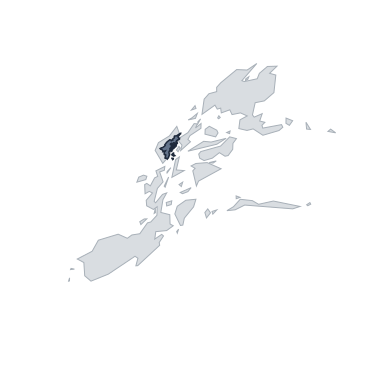 Samar, Samar, Philippines (highlighted), rotated 236°
{"feature_id": "2640588B23016389281073", "entity_name": "Samar", "entity_type": "district", "adm_level": 2, "iso_a3": "PHL", "parent_name": "Philippines", "parent_adm1": "Samar", "projection": "equal_earth", "projection_center": [124.76, 11.713], "detail": "fine", "context": "in_parent", "style": "filled", "palette": "slate", "viewbox_px": 384, "rotation_deg": 236, "n_neighbors": 0, "source": "geoboundaries", "source_scale": "gbopen_adm2", "svg_char_len": 8772}
<svg xmlns="http://www.w3.org/2000/svg" viewBox="0 0 384 384"><g transform="rotate(236 192 192)"><path d="M182.5,56.2L194.0,62.9L200.6,59.4L198.7,76.1L204.4,87.4L198.3,107.2L189.8,112.5L190.0,118.1L186.6,125.4L191.3,137.8L190.2,141.1L192.3,149.9L199.3,154.9L199.1,150.3L205.9,146.7L210.7,149.4L213.3,158.7L216.4,156.9L216.8,152.1L224.6,156.9L224.4,159.3L220.4,160.9L224.6,168.9L224.1,172.3L229.7,173.9L228.4,183.8L225.5,181.2L226.7,176.4L216.6,173.7L214.3,165.3L205.4,155.4L203.4,155.8L206.5,166.2L205.4,170.5L201.9,163.6L192.5,154.7L185.6,160.9L177.7,155.9L174.5,157.6L174.2,149.4L179.4,139.8L173.8,134.8L173.8,143.2L171.5,143.8L168.5,136.6L165.9,135.4L161.3,105.8L162.2,104.2L167.3,110.1L170.6,108.8L170.7,76.7L174.6,58.4L182.5,56.2ZM250.8,243.7L262.2,254.0L264.0,261.0L261.4,268.6L265.0,271.0L266.5,277.0L268.5,297.5L262.3,305.9L262.3,317.6L256.4,295.6L254.3,297.1L249.4,309.4L252.7,314.2L253.9,324.7L248.8,332.8L247.0,322.7L242.1,326.9L228.6,315.5L227.1,302.9L230.7,294.3L222.1,285.2L219.3,285.4L217.7,294.0L213.0,287.8L209.0,291.4L208.2,287.3L205.4,286.4L197.8,303.9L194.9,303.5L194.3,298.5L199.4,282.5L210.1,278.0L212.3,272.0L218.4,266.3L225.0,272.1L224.2,280.3L230.5,276.4L233.8,268.5L239.0,269.3L241.2,260.5L245.5,262.7L246.6,259.3L251.2,259.6L250.8,243.7ZM216.6,254.1L211.4,258.7L209.4,253.1L204.6,249.6L202.0,242.3L203.2,239.4L209.3,236.7L208.7,227.8L211.3,219.6L215.7,217.3L219.7,218.8L220.6,221.9L214.1,241.4L216.6,254.1ZM247.1,184.7L251.7,191.8L251.1,204.5L254.9,216.1L247.0,214.1L243.8,209.9L242.0,205.3L243.2,200.9L234.5,192.6L232.1,183.8L247.1,184.7ZM194.5,199.0L209.1,204.5L209.9,207.8L214.1,205.8L213.5,211.1L207.9,221.0L195.0,229.1L197.4,203.5L194.5,199.0ZM139.0,254.4L119.6,273.5L121.7,266.1L151.7,228.4L153.1,217.8L157.0,210.5L156.6,218.2L159.0,227.9L151.1,237.2L144.6,240.3L139.0,254.4ZM170.7,163.7L183.4,165.5L188.4,171.8L188.6,182.3L183.8,191.2L178.8,185.0L174.6,171.0L169.7,165.9L170.7,163.7ZM236.5,209.9L242.2,209.3L243.7,212.7L243.5,221.8L247.5,232.0L245.5,234.5L243.1,230.7L243.7,237.8L239.8,235.0L239.9,221.9L237.9,218.0L234.5,218.8L232.7,205.8L236.5,209.9ZM217.4,250.3L217.7,239.3L228.1,211.4L227.5,230.0L222.7,235.8L217.4,250.3ZM236.8,243.1L229.4,247.1L226.4,246.6L224.5,242.4L232.7,235.1L236.6,238.0L236.8,243.1ZM215.4,183.5L228.1,196.6L228.2,201.2L219.1,191.3L214.1,197.5L215.4,183.5ZM233.1,161.2L230.3,163.4L228.1,160.6L231.0,151.8L234.1,156.2L233.1,161.2ZM200.7,311.3L194.8,315.3L192.8,310.0L196.4,308.3L200.7,311.3ZM162.4,189.5L167.8,191.2L169.2,195.6L164.4,195.7L162.4,189.5ZM194.6,163.2L197.7,164.8L196.0,170.3L193.2,167.7L194.6,163.2ZM180.1,322.2L186.1,325.5L177.6,325.2L180.1,322.2ZM254.2,240.4L251.1,236.0L253.9,229.1L253.5,233.3L254.2,240.4ZM198.2,182.0L196.1,193.7L194.6,188.8L195.9,183.2L198.2,182.0ZM166.2,338.6L166.6,342.1L160.7,344.2L166.2,338.6ZM196.6,132.1L196.4,137.3L195.0,139.5L193.6,131.4L196.6,132.1ZM206.8,222.7L204.2,229.5L204.2,225.6L206.8,222.7ZM164.7,197.7L163.3,202.5L162.0,196.9L164.7,197.7ZM237.1,206.7L235.1,206.8L233.2,203.0L235.5,202.6L237.1,206.7ZM205.4,185.4L205.4,189.8L202.5,186.2L205.4,185.4ZM261.9,242.8L259.0,242.0L260.3,237.3L261.9,242.8ZM212.4,172.2L217.5,181.0L211.0,172.4L212.4,172.2ZM164.1,226.4L160.7,228.8L161.7,224.9L164.1,226.4ZM221.9,254.0L221.3,257.7L219.4,255.8L221.9,254.0ZM222.9,182.9L224.0,188.1L221.5,181.5L222.9,182.9ZM117.3,283.8L115.5,283.6L115.9,280.3L117.3,279.9L117.3,283.8ZM240.2,256.9L238.0,257.1L237.8,255.1L239.1,254.7L240.2,256.9ZM255.8,303.6L254.2,301.2L254.7,298.8L255.8,300.0L255.8,303.6ZM167.8,157.2L168.7,160.1L166.1,156.8L167.8,157.2ZM246.9,236.1L247.8,240.0L245.4,235.2L246.9,236.1ZM196.3,49.0L193.8,51.4L195.6,47.9L196.3,49.0ZM198.8,152.4L195.3,150.1L195.4,148.6L198.8,152.4ZM187.1,39.8L189.3,42.5L186.8,40.7L187.1,39.8Z" fill="#d9dde1" stroke="#a8b0b8" stroke-width="1"/><path d="M245.9,189.9L245.1,189.9L243.8,190.7L242.9,191.0L242.1,190.9L241.8,190.5L241.0,193.0L240.6,192.2L240.8,191.3L238.7,190.0L238.2,190.7L237.9,190.8L237.7,190.7L237.7,190.9L237.4,191.0L237.1,190.7L237.0,190.3L236.8,190.4L236.9,190.5L235.6,188.9L235.0,188.6L234.2,189.9L233.1,189.9L233.6,191.7L234.0,192.1L234.1,192.3L234.6,192.6L234.6,193.0L234.8,193.1L235.1,193.8L235.4,193.9L235.4,194.1L235.7,194.2L235.9,194.7L236.4,194.5L236.8,194.6L237.5,194.8L238.4,195.7L238.4,196.1L238.5,196.3L238.3,196.4L238.5,196.8L238.7,197.1L238.9,197.0L239.0,197.4L239.3,197.7L239.1,198.1L239.3,197.9L239.6,198.1L239.6,197.9L239.7,198.0L239.7,197.9L240.0,197.7L240.3,197.9L240.3,198.1L240.5,198.2L240.5,198.4L240.2,198.3L240.1,198.0L239.9,197.9L240.1,198.3L239.9,198.3L239.7,198.5L239.9,198.5L240.1,198.7L239.7,198.8L240.1,198.9L240.2,199.1L240.3,199.3L240.4,199.2L240.7,199.5L240.7,199.8L240.4,199.9L240.6,200.3L240.7,200.1L240.7,199.8L241.0,199.9L241.0,200.0L241.2,200.3L241.3,200.5L241.5,201.1L241.8,201.4L243.2,200.6L243.5,200.6L244.0,201.2L243.9,201.7L243.7,201.5L243.6,201.9L243.6,202.1L242.8,202.9L243.2,204.1L242.6,204.5L242.7,204.8L242.5,205.0L242.1,205.1L241.8,204.9L241.7,205.0L241.4,204.9L241.3,205.3L241.5,205.5L241.5,205.3L241.6,205.7L241.3,205.9L241.1,205.5L240.7,205.7L240.8,205.9L240.6,206.0L240.6,206.3L240.4,206.2L240.6,206.6L240.7,206.9L240.6,207.1L240.7,207.3L241.1,207.3L241.4,207.1L241.5,207.3L241.5,207.1L241.4,207.0L241.6,206.6L241.5,206.4L241.8,206.6L241.7,206.7L241.7,207.2L242.3,207.7L242.7,207.5L242.7,208.0L243.2,208.1L243.0,208.9L243.1,209.2L243.2,209.3L243.2,209.7L242.8,210.3L242.9,211.1L243.1,211.1L243.4,211.5L243.5,211.3L244.3,211.3L244.4,211.1L244.7,211.2L245.3,211.1L245.7,211.3L246.1,212.2L246.1,213.0L246.4,213.3L246.6,214.5L246.6,214.9L246.6,215.1L247.0,215.4L247.2,214.6L247.1,214.0L247.2,213.8L247.2,210.6L248.2,208.8L247.8,208.2L246.8,207.7L246.7,207.2L246.8,206.8L246.8,206.2L246.6,205.5L245.8,205.2L246.1,204.3L246.1,203.6L246.7,203.8L247.7,202.8L247.5,199.6L247.3,198.6L246.3,195.8L245.5,195.7L245.3,194.3L245.3,192.1L245.7,191.5L245.9,189.9ZM239.3,202.4L239.1,202.3L239.1,202.1L239.0,201.6L238.8,201.7L239.0,201.8L239.0,202.1L238.8,202.2L238.7,202.1L238.7,202.3L238.8,202.2L238.9,202.4L238.9,202.8L238.9,203.1L239.0,202.8L239.1,203.6L239.3,203.3L239.6,203.9L240.0,204.4L239.8,204.5L239.5,204.2L239.6,205.0L240.2,205.2L240.1,205.3L239.9,205.3L240.0,205.5L240.5,205.9L240.7,205.5L240.6,205.3L240.7,204.9L240.9,204.4L240.6,204.3L240.6,204.5L240.5,204.3L240.3,204.4L240.2,204.2L240.1,204.4L240.0,204.1L239.9,204.0L240.0,204.0L240.0,203.8L240.2,203.5L239.8,203.2L239.8,202.9L239.7,202.9L239.6,203.0L239.8,202.5L239.5,202.6L239.4,202.8L239.4,202.3L239.3,202.4ZM241.2,203.4L241.6,203.0L241.5,202.7L241.1,202.8L241.1,202.5L240.8,202.6L240.5,202.1L240.5,202.5L240.4,202.6L240.8,203.0L240.6,203.2L240.8,203.5L240.7,203.8L240.8,203.6L241.1,204.0L241.3,204.0L241.3,203.9L241.2,203.4ZM231.0,194.1L230.8,194.3L230.7,194.2L230.1,194.3L229.8,194.6L230.0,194.9L229.8,194.7L229.8,194.9L230.2,195.2L230.3,194.9L230.6,194.9L230.9,194.5L231.0,194.5L231.2,194.2L231.0,194.1ZM232.7,196.7L232.5,196.9L232.3,196.9L232.2,197.3L232.0,197.5L231.9,197.4L231.8,197.8L232.0,197.9L231.9,198.1L232.4,198.0L232.5,197.5L232.8,197.2L232.7,196.7ZM234.5,197.3L234.1,197.6L234.0,198.1L234.6,198.5L234.8,198.2L234.6,197.4L234.6,197.5L234.5,197.3ZM234.1,196.1L233.8,196.2L233.9,196.3L233.8,196.6L234.2,196.8L234.4,196.4L234.1,196.1ZM239.4,201.7L239.3,202.2L239.6,202.3L239.7,202.2L239.7,201.9L239.8,201.7L239.4,201.7L239.5,201.5L239.2,201.5L239.4,201.7ZM237.6,198.0L237.9,198.2L238.0,197.8L237.9,197.7L237.7,197.9L237.6,197.6L237.6,198.0ZM241.6,204.2L241.3,204.6L241.5,204.8L241.5,204.7L241.8,204.7L241.6,204.6L241.7,204.4L241.6,204.2ZM238.5,200.2L238.3,199.5L238.2,199.5L238.3,199.8L238.3,200.1L238.5,200.2ZM238.7,199.4L238.3,199.4L238.4,199.8L238.5,199.5L238.7,199.4ZM233.2,196.9L233.2,197.2L233.3,197.2L233.4,196.9L233.2,196.9ZM244.6,211.8L244.5,211.5L244.4,211.5L244.6,211.8ZM241.2,202.0L241.3,202.2L241.5,202.4L241.4,202.1L241.2,202.0ZM242.0,204.5L241.8,204.4L241.8,204.6L242.0,204.6L242.0,204.5ZM238.6,200.0L238.6,200.3L238.6,200.1L238.6,200.0ZM240.4,206.0L240.2,206.0L240.4,206.0ZM230.6,193.9L230.6,194.0L230.6,193.9ZM238.8,198.0L238.7,197.9L238.7,198.0L238.8,198.0ZM241.7,206.6L241.8,206.6L241.7,206.6ZM239.1,199.7L239.1,199.9L239.2,200.0L239.2,199.8L239.1,199.7ZM237.4,197.8L237.3,197.7L237.3,197.9L237.4,197.8ZM241.3,201.4L241.3,201.5L241.3,201.4ZM239.0,199.6L238.9,199.7L239.0,199.6ZM237.3,197.5L237.2,197.5L237.3,197.5ZM238.1,196.2L238.0,196.3L238.1,196.2ZM241.8,202.4L241.7,202.4L241.7,202.6L241.8,202.4ZM241.0,205.4L241.0,205.5L241.0,205.4ZM241.5,203.5L241.4,203.5L241.5,203.5ZM243.1,209.4L243.1,209.5L243.1,209.4ZM239.5,204.2L239.4,204.3L239.5,204.3L239.5,204.2ZM241.2,201.2L241.2,201.3L241.3,201.3L241.2,201.2ZM238.8,200.2L238.7,200.3L238.8,200.2ZM240.2,200.3L240.1,200.2L240.2,200.3ZM241.0,205.2L240.9,205.2L241.0,205.2Z" fill="#64748b" stroke="#1e293b" stroke-width="1.5"/></g></svg>